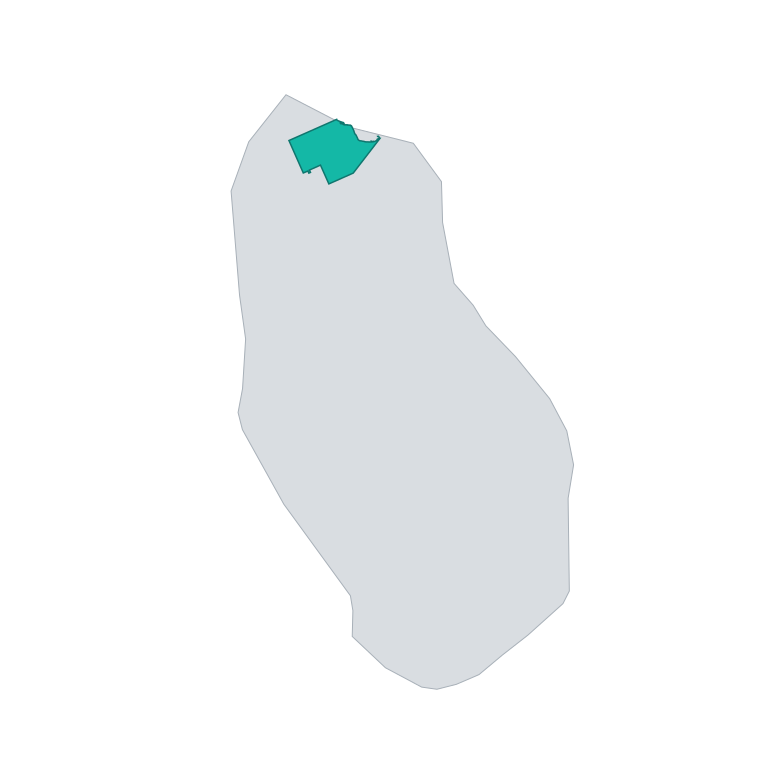 77, Madinat ach Shamal, Qatar shown in context, rotated 336°
{"feature_id": "91078587B75856753740390", "entity_name": "77", "entity_type": "district", "adm_level": 2, "iso_a3": "QAT", "parent_name": "Qatar", "parent_adm1": "Madinat ach Shamal", "projection": "albers", "projection_center": [51.407, 25.968], "detail": "fine", "context": "in_parent", "style": "filled", "palette": "teal", "viewbox_px": 768, "rotation_deg": 336, "n_neighbors": 0, "source": "geoboundaries", "source_scale": "gbopen_adm2", "svg_char_len": 3064}
<svg xmlns="http://www.w3.org/2000/svg" viewBox="0 0 768 768"><g transform="rotate(336 384 384)"><path d="M413.4,671.9L382.1,679.7L352.6,688.1L328.0,687.8L308.2,684.4L295.1,676.2L269.9,643.8L252.3,601.7L263.4,578.4L267.2,563.8L243.6,453.1L236.1,368.1L239.1,350.7L252.9,330.7L275.9,286.6L288.2,244.0L322.8,145.5L359.0,107.7L412.1,79.9L455.6,134.4L508.7,176.0L518.8,222.5L503.2,260.3L488.9,320.6L497.5,348.3L500.7,372.3L515.3,412.6L529.4,464.8L531.9,501.2L524.3,535.0L505.7,563.3L469.1,648.5L458.2,657.4L413.4,671.9Z" fill="#d9dde1" stroke="#a8b0b8" stroke-width="1"/><path d="M441.4,178.8L441.7,178.8L474.1,161.3L480.2,158.0L479.8,157.8L479.5,157.8L479.5,158.1L479.3,158.2L479.2,158.2L478.9,158.2L478.6,158.3L478.5,158.2L478.4,158.0L480.0,157.1L480.1,156.9L479.6,155.5L479.6,155.4L478.9,155.2L478.9,155.3L479.5,155.4L479.9,156.8L480.0,157.0L479.8,157.2L479.1,157.6L478.9,157.7L478.3,158.0L478.3,157.9L478.0,157.9L478.0,158.0L478.3,158.0L478.3,158.3L478.1,158.4L477.8,158.5L477.5,158.5L477.2,158.4L476.9,158.4L477.0,158.0L477.1,157.8L477.9,157.7L478.0,157.6L477.9,157.6L477.7,157.6L477.4,157.7L477.2,157.7L476.8,158.5L476.7,158.6L475.4,158.6L474.0,158.6L473.7,158.5L473.4,158.4L473.2,158.4L473.0,158.2L473.2,157.7L473.4,157.7L473.2,157.7L473.0,158.1L472.9,158.2L472.8,158.3L472.3,158.2L471.2,157.8L471.0,157.6L471.2,157.2L471.3,157.1L471.2,157.0L471.0,157.7L470.7,157.6L470.4,157.5L469.9,157.3L469.7,157.2L469.3,157.1L469.2,157.0L468.5,156.7L468.1,156.5L468.0,156.4L467.5,156.2L467.4,156.1L467.0,155.9L466.8,155.8L466.3,155.7L466.2,155.6L465.8,155.3L465.5,155.2L465.2,155.0L465.0,154.8L464.9,154.7L464.6,154.5L464.5,154.3L464.4,154.2L463.9,153.9L463.5,153.7L463.0,153.4L462.7,153.1L462.5,152.9L462.1,152.7L461.7,152.5L461.5,152.3L461.1,152.1L460.9,152.0L460.7,151.8L460.4,151.4L460.2,151.1L460.0,150.9L459.7,150.1L459.6,149.9L459.8,149.2L459.7,145.3L459.6,145.0L459.6,144.7L459.3,144.3L459.3,144.1L459.2,143.7L459.2,143.4L459.1,143.1L459.3,141.7L459.3,140.5L459.5,140.2L459.4,137.6L459.3,135.1L459.0,134.5L458.8,134.5L458.8,134.2L458.6,134.0L458.3,133.9L458.3,133.7L457.9,133.6L457.7,133.4L457.1,133.2L456.5,132.9L456.5,132.7L455.9,132.5L455.9,132.3L455.7,132.1L455.4,132.1L454.7,131.8L454.6,131.7L454.2,131.6L453.9,131.4L453.6,131.3L453.6,131.1L453.1,131.0L452.9,130.8L452.7,130.7L452.7,130.4L452.4,130.3L452.2,129.9L451.7,129.4L451.7,129.2L451.4,129.1L451.2,129.0L451.2,128.8L451.1,128.6L450.5,128.5L450.4,128.5L450.4,128.2L450.2,127.9L450.2,127.7L450.3,127.5L450.6,127.5L450.7,128.2L451.0,128.0L450.9,127.5L451.0,127.5L451.3,128.1L451.6,128.3L451.6,128.5L451.8,128.5L451.8,128.3L451.9,128.6L452.4,128.8L452.9,128.7L453.1,129.1L453.1,129.3L453.4,129.5L453.4,129.1L453.2,128.6L452.7,128.2L452.3,127.9L451.6,127.2L451.3,127.0L451.0,126.7L450.6,126.3L450.4,126.1L450.0,125.7L449.9,125.5L449.7,125.4L449.2,124.9L449.1,124.7L448.7,124.1L448.5,123.9L448.3,123.6L448.2,123.3L448.3,123.0L396.2,122.9L396.1,158.4L401.1,158.5L401.1,160.8L402.9,160.8L402.9,158.2L415.0,158.2L415.0,178.8L429.4,178.8L441.4,178.8Z" fill="#14b8a6" stroke="#0f766e" stroke-width="1.5"/></g></svg>